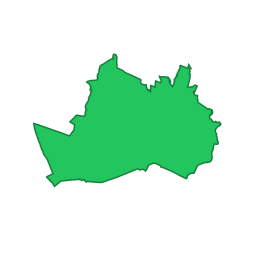 outline of San Martín Texmelucan, Puebla, Mexico, rotated 111°
{"feature_id": "50627088B54232272598666", "entity_name": "San Martín Texmelucan", "entity_type": "district", "adm_level": 2, "iso_a3": "MEX", "parent_name": "Mexico", "parent_adm1": "Puebla", "projection": "robinson", "projection_center": [-98.448, 19.266], "detail": "fine", "context": "isolated", "style": "filled", "palette": "green", "viewbox_px": 256, "rotation_deg": 111, "n_neighbors": 0, "source": "geoboundaries", "source_scale": "gbopen_adm2", "svg_char_len": 5579}
<svg xmlns="http://www.w3.org/2000/svg" viewBox="0 0 256 256"><g transform="rotate(111 128 128)"><path d="M203.3,185.8L204.2,183.6L205.6,181.1L206.1,179.4L207.1,177.6L207.8,177.2L208.8,175.7L201.5,171.5L196.0,160.7L195.3,158.8L194.5,157.7L193.9,156.2L193.7,155.0L192.8,154.8L193.5,153.0L193.2,152.0L193.2,151.6L192.0,150.9L193.5,147.7L192.5,147.2L191.8,144.5L188.8,134.2L187.7,132.4L186.0,130.2L185.2,129.2L183.7,127.8L181.9,125.4L177.9,120.7L162.4,104.1L163.1,102.2L161.7,100.2L161.2,99.3L161.1,98.8L161.2,98.4L161.9,96.2L159.0,95.6L156.9,95.5L155.4,95.7L154.9,94.9L153.6,93.6L153.1,93.3L152.7,92.7L152.1,92.1L151.4,91.1L151.2,90.6L151.2,89.6L151.5,84.4L151.7,84.0L152.6,83.3L152.4,80.3L152.8,70.8L153.0,68.8L154.0,61.0L154.4,55.4L153.5,55.0L152.6,55.2L151.5,55.4L150.5,55.1L149.9,54.7L149.3,54.2L148.2,53.7L147.6,52.7L146.7,50.4L146.0,50.1L144.3,50.1L140.2,49.7L138.0,49.6L135.3,46.9L134.8,46.2L132.9,44.4L132.7,43.5L132.0,42.2L131.1,40.5L130.2,39.3L129.5,39.1L128.4,38.5L126.5,38.7L125.7,38.8L123.7,39.7L121.9,40.8L120.7,41.0L117.2,40.9L116.2,41.3L112.1,41.9L111.5,39.8L111.0,38.5L109.7,38.4L108.6,38.9L107.7,39.9L106.6,40.8L106.1,41.1L105.1,41.3L103.6,42.6L103.1,42.9L102.0,43.0L100.7,44.6L99.9,45.2L99.7,45.5L98.6,45.7L97.4,45.6L95.1,44.9L94.7,44.8L93.4,43.6L92.9,43.6L93.0,43.3L91.8,42.9L91.7,43.2L90.9,42.9L90.8,43.0L90.4,43.4L90.0,44.4L89.8,44.8L89.8,45.2L90.0,45.5L90.7,46.2L90.9,46.6L90.8,47.7L90.4,48.4L91.1,49.0L91.3,49.3L91.7,49.6L91.9,50.8L91.6,51.1L91.1,52.0L90.8,52.1L90.6,52.4L90.6,52.8L90.0,53.5L89.9,54.0L89.9,54.8L89.8,55.1L89.5,55.4L89.2,55.5L89.0,55.8L88.6,55.9L87.3,56.1L86.8,55.4L86.5,55.6L86.1,56.2L85.9,56.3L85.7,56.1L85.6,55.3L85.5,55.1L85.1,54.6L84.9,54.5L84.6,54.5L84.3,54.6L83.9,55.4L83.7,55.5L83.5,55.3L83.3,54.5L82.8,54.6L82.6,54.9L82.6,55.6L82.5,56.0L82.3,56.0L82.0,55.5L81.7,55.5L81.3,55.6L81.0,56.5L81.0,57.9L80.9,59.1L81.1,59.1L81.7,59.8L81.8,60.0L79.0,71.8L74.0,74.5L73.8,74.5L73.2,74.7L72.8,74.7L72.7,74.8L72.7,75.0L73.3,75.4L73.2,76.9L73.1,77.4L73.0,78.0L72.8,78.3L72.4,78.7L71.6,78.7L71.5,78.8L71.3,78.8L71.4,79.3L71.4,79.5L71.0,79.8L70.8,79.9L70.5,79.8L70.1,79.5L70.0,79.4L69.9,78.7L64.0,78.5L63.9,80.4L63.8,80.7L66.5,82.6L66.5,83.0L68.7,86.6L68.7,87.1L66.3,87.1L58.3,88.3L58.1,88.3L57.4,88.9L55.6,89.1L55.4,89.3L55.4,90.3L52.9,90.3L52.1,91.1L50.8,91.3L49.7,91.2L49.7,90.8L49.1,91.5L47.8,93.3L47.2,93.9L49.3,93.8L51.0,93.5L50.8,101.3L50.8,101.5L51.4,101.7L51.7,101.6L52.0,101.2L52.4,101.3L52.6,101.0L52.8,101.1L53.5,100.8L54.4,100.9L55.2,101.2L55.8,101.0L56.2,101.0L56.8,101.3L57.5,101.2L57.8,101.4L58.5,101.4L58.8,101.5L59.7,101.5L60.3,101.1L60.7,101.2L61.1,101.7L61.4,101.6L61.3,101.3L61.5,101.1L62.5,100.9L62.9,101.1L63.0,101.5L65.0,101.9L65.5,101.7L65.8,102.0L66.2,102.0L66.5,102.2L66.8,102.1L67.1,101.7L67.4,101.5L67.8,101.3L68.2,101.2L68.4,101.4L69.3,101.3L69.8,101.0L70.4,101.1L71.8,101.0L72.2,101.3L72.3,101.3L72.5,101.3L72.6,101.2L72.9,101.1L73.4,101.2L71.7,104.1L71.5,104.3L70.9,104.5L70.7,104.8L70.6,105.1L70.4,106.0L70.0,106.0L69.7,105.7L69.3,104.9L68.8,105.3L68.7,105.5L68.9,105.7L69.1,106.0L69.0,106.3L68.8,106.5L67.5,106.4L67.4,106.5L67.4,107.5L67.3,107.8L67.2,108.3L67.0,108.5L66.3,108.4L66.2,108.9L66.7,110.4L67.4,113.2L68.0,114.2L68.6,116.0L68.4,116.9L68.4,117.2L68.6,117.1L69.9,116.2L70.1,115.7L71.1,114.7L71.6,114.0L72.9,113.8L73.2,113.6L73.4,113.9L74.0,113.9L74.2,119.1L80.1,117.4L80.0,121.9L80.2,122.0L84.0,120.7L85.9,119.9L86.0,121.0L84.8,122.1L84.8,122.6L85.2,123.0L85.2,123.4L85.1,123.8L83.6,125.0L82.8,125.8L82.0,126.1L81.4,126.5L81.2,126.5L81.8,127.6L81.6,127.9L82.1,129.8L82.0,130.6L81.9,131.6L80.7,132.6L80.1,133.0L79.2,132.9L78.8,133.1L77.8,133.8L78.0,133.7L78.2,134.7L77.5,144.9L77.3,149.7L77.3,150.3L77.2,151.0L76.8,151.9L76.3,153.0L76.0,156.6L75.7,159.6L74.9,160.3L74.3,160.6L73.3,160.7L70.8,162.1L68.0,163.1L66.9,163.3L66.2,163.6L65.8,163.9L65.6,163.9L64.9,164.5L64.3,165.5L63.9,165.8L64.3,167.8L66.0,167.8L66.5,167.5L67.2,167.6L68.4,166.5L68.7,166.5L68.9,166.7L68.9,167.4L70.4,169.0L71.3,169.6L71.8,169.8L72.1,170.1L72.0,170.3L73.2,171.1L77.5,174.2L78.3,175.2L79.9,175.9L80.4,176.3L81.4,176.0L82.6,175.9L82.9,176.1L83.8,175.7L84.4,175.7L85.0,175.7L85.7,175.3L86.8,175.1L87.5,175.1L88.7,175.7L89.3,175.5L89.9,175.2L90.2,175.3L90.7,174.9L91.3,175.0L91.7,174.8L92.1,174.5L92.6,173.6L93.1,174.1L93.5,174.2L93.8,174.1L94.0,174.1L94.4,174.4L95.3,175.9L96.8,179.3L97.0,179.9L97.5,180.4L97.8,180.9L98.2,181.3L98.6,182.0L99.8,183.0L100.4,181.7L100.9,179.4L101.9,178.7L102.8,177.7L103.8,177.4L103.8,176.7L104.2,176.9L104.3,177.3L106.1,177.1L105.9,175.6L106.2,175.5L106.1,175.3L107.0,175.2L107.1,175.4L107.4,175.1L107.7,175.2L107.9,175.4L108.1,175.5L109.7,175.1L110.1,175.2L111.1,175.0L112.4,175.5L113.2,175.4L113.9,175.2L114.5,175.4L114.7,175.1L114.9,175.0L115.2,175.0L115.6,174.9L116.1,175.0L116.8,174.7L117.2,174.7L117.6,175.0L118.8,175.3L119.3,175.3L119.8,175.4L121.0,175.6L121.7,175.4L121.9,175.5L123.0,175.5L123.7,175.3L125.3,174.3L125.5,174.0L125.8,173.4L126.1,173.2L127.2,173.7L127.8,173.5L128.8,173.5L129.2,173.4L130.0,172.7L130.3,172.6L131.8,173.1L132.5,173.0L132.8,172.8L132.9,173.4L134.5,180.7L135.0,180.8L143.1,184.4L143.2,183.7L144.1,179.1L149.1,177.8L155.4,179.5L156.4,180.0L156.5,189.6L157.3,214.9L157.4,216.7L157.6,217.6L158.7,217.0L160.3,215.9L161.8,215.1L162.9,214.4L166.0,211.9L171.5,207.2L172.3,206.5L173.4,205.6L174.7,204.2L175.5,203.7L177.0,202.4L178.6,201.2L179.3,200.5L179.4,200.4L179.3,200.2L179.7,199.6L181.3,198.5L183.1,196.8L184.0,195.3L186.1,192.2L197.6,181.7L199.7,183.6L202.4,186.2L203.1,186.3L203.3,185.8L203.3,185.8Z" fill="#22c55e" stroke="#15803d" stroke-width="1.5"/></g></svg>